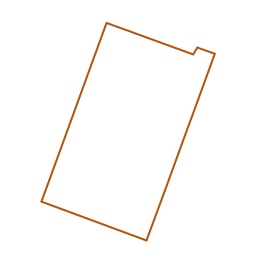 outline of Sargent, North Dakota, United States of America, rotated 290°
{"feature_id": "52423323B99155111830377", "entity_name": "Sargent", "entity_type": "district", "adm_level": 2, "iso_a3": "USA", "parent_name": "United States of America", "parent_adm1": "North Dakota", "projection": "natural_earth1", "projection_center": [-97.554, 46.109], "detail": "fine", "context": "isolated", "style": "outline", "palette": "amber", "viewbox_px": 256, "rotation_deg": 290, "n_neighbors": 0, "source": "geoboundaries", "source_scale": "gbopen_adm2", "svg_char_len": 405}
<svg xmlns="http://www.w3.org/2000/svg" viewBox="0 0 256 256"><g transform="rotate(290 128 128)"><path d="M214.0,71.9L54.0,71.9L29.2,71.8L28.6,183.9L34.0,183.9L36.1,183.9L41.2,183.9L85.6,184.1L87.5,184.1L108.0,184.1L147.3,184.1L153.3,184.1L160.2,184.2L162.7,184.2L204.3,184.2L206.0,184.2L227.4,184.2L227.3,165.6L219.4,164.1L219.4,71.9L214.0,71.9Z" fill="none" stroke="#b45309" stroke-width="2"/></g></svg>